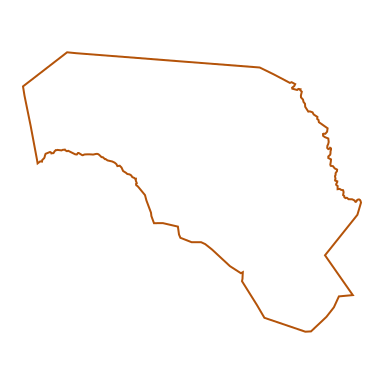 Santa María Yalina, Oaxaca, Mexico
{"feature_id": "50627088B95350580088580", "entity_name": "Santa María Yalina", "entity_type": "district", "adm_level": 2, "iso_a3": "MEX", "parent_name": "Mexico", "parent_adm1": "Oaxaca", "projection": "robinson", "projection_center": [-96.293, 17.264], "detail": "fine", "context": "isolated", "style": "outline", "palette": "amber", "viewbox_px": 384, "rotation_deg": 0, "n_neighbors": 0, "source": "geoboundaries", "source_scale": "gbopen_adm2", "svg_char_len": 2469}
<svg xmlns="http://www.w3.org/2000/svg" viewBox="0 0 384 384"><path d="M352.8,295.1L325.0,255.3L330.3,248.7L357.4,214.8L361.0,202.6L360.5,200.9L360.0,200.0L359.0,199.4L357.7,199.7L356.8,200.4L356.6,201.1L355.8,201.9L355.3,201.7L354.4,200.4L352.2,199.3L348.5,199.2L347.1,197.9L346.5,197.8L345.5,198.1L344.4,197.3L344.2,196.0L343.1,195.1L343.6,192.1L343.1,190.2L341.0,189.8L339.7,188.9L337.6,189.2L337.6,187.1L337.7,186.1L336.3,185.0L336.1,184.3L337.3,181.9L337.3,181.3L335.3,180.7L335.0,180.1L335.5,178.9L335.0,176.1L335.6,174.9L335.6,173.2L337.0,171.1L337.1,169.6L334.7,168.4L333.0,166.2L330.7,165.8L330.3,164.6L330.8,161.7L331.0,159.4L328.3,158.0L328.3,156.5L330.2,154.7L330.5,153.1L330.5,151.4L331.0,149.6L331.0,148.4L330.1,147.8L329.6,148.6L328.3,149.1L327.2,147.9L327.4,145.7L328.1,144.4L328.7,142.0L328.3,138.5L324.8,137.1L323.1,135.8L323.0,134.0L323.6,133.7L325.3,133.8L327.1,131.7L327.6,128.3L318.9,122.2L318.5,120.0L317.2,118.9L317.4,116.9L313.7,114.5L312.5,112.3L309.9,111.4L308.3,111.6L305.2,106.8L305.0,103.8L303.5,101.9L303.0,99.6L301.0,97.4L300.9,95.5L301.8,91.7L300.2,90.1L300.5,89.3L298.6,88.9L298.2,89.0L297.5,89.9L296.9,89.9L292.3,88.7L292.1,87.7L294.2,86.1L295.2,84.1L291.6,82.2L289.9,82.9L273.8,74.4L259.7,67.5L182.3,61.5L76.2,53.2L67.1,52.3L23.0,86.4L24.5,95.7L30.7,126.1L37.0,159.7L37.6,163.4L40.2,161.4L42.0,161.6L42.2,160.1L44.2,158.1L44.7,156.8L44.9,155.7L45.6,153.8L50.0,152.0L51.1,152.6L51.4,153.4L52.9,153.1L53.4,153.1L53.9,152.6L54.4,151.5L55.8,150.1L56.6,150.2L57.4,149.9L61.6,150.4L62.5,149.9L64.9,149.6L65.3,150.3L67.0,151.2L68.2,150.8L75.2,154.3L76.8,154.5L78.0,153.0L78.7,153.0L82.1,155.1L82.8,155.2L84.4,154.5L85.6,154.4L88.3,154.3L91.1,154.4L92.2,154.5L93.5,154.5L95.7,154.0L96.6,153.9L97.3,153.9L98.3,154.2L99.0,154.7L100.2,155.8L101.5,157.1L102.8,157.2L104.9,159.1L105.5,159.0L107.5,160.4L111.4,161.3L112.0,161.4L114.6,162.6L116.4,164.1L117.4,166.1L119.7,165.7L121.5,167.5L123.1,171.0L126.1,172.9L127.3,174.0L129.6,174.4L131.2,175.4L132.3,177.1L134.6,178.1L135.4,179.2L135.9,179.0L135.8,180.7L136.8,183.2L136.0,184.0L136.3,185.3L137.4,186.0L138.6,187.3L145.0,195.1L146.4,200.4L151.0,212.7L151.4,216.1L154.0,223.2L162.8,223.1L177.9,226.6L179.0,234.5L180.4,237.8L191.6,242.2L201.1,242.2L205.2,244.1L212.0,249.5L230.0,266.2L240.9,273.2L242.8,272.2L242.5,278.0L242.5,278.7L242.0,281.2L257.1,305.3L264.4,317.8L305.3,331.7L311.0,331.4L326.4,316.9L333.9,307.3L338.9,296.4L352.8,295.1Z" fill="none" stroke="#b45309" stroke-width="2"/></svg>